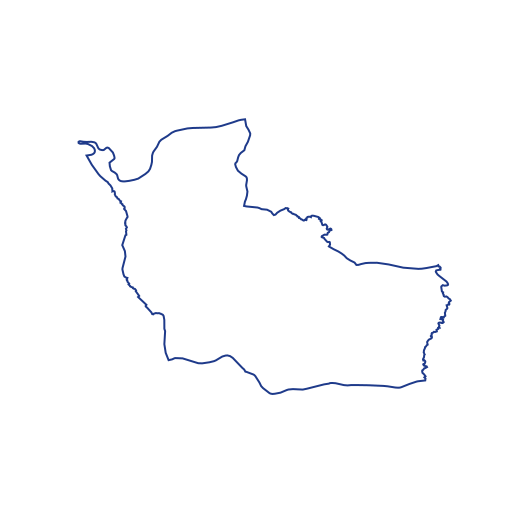 Thawat Buri, Roi Et, Thailand (Equal Earth projection), rotated 284°
{"feature_id": "78962969B6809780389556", "entity_name": "Thawat Buri", "entity_type": "district", "adm_level": 2, "iso_a3": "THA", "parent_name": "Thailand", "parent_adm1": "Roi Et", "projection": "equal_earth", "projection_center": [103.792, 16.038], "detail": "fine", "context": "isolated", "style": "outline", "palette": "blue", "viewbox_px": 512, "rotation_deg": 284, "n_neighbors": 0, "source": "geoboundaries", "source_scale": "gbopen_adm2", "svg_char_len": 6117}
<svg xmlns="http://www.w3.org/2000/svg" viewBox="0 0 512 512"><g transform="rotate(284 256 256)"><path d="M291.2,435.0L289.8,433.5L285.6,424.4L283.8,420.0L282.8,416.7L280.3,401.7L279.9,386.8L278.7,375.0L276.7,367.3L275.6,363.9L273.6,359.9L272.2,357.6L271.6,355.6L273.5,353.2L274.5,348.5L275.8,344.6L277.8,341.5L279.1,338.5L280.3,334.8L281.4,329.6L282.9,324.4L284.9,325.1L287.2,324.3L287.4,323.6L286.9,322.5L287.0,321.6L289.2,318.3L290.0,317.6L290.1,315.6L290.3,315.1L290.7,315.0L291.2,315.1L293.3,317.3L293.7,319.4L294.0,320.0L295.8,320.0L296.9,321.1L297.9,321.2L298.7,321.6L299.4,322.9L300.1,322.7L300.5,322.2L300.6,321.5L299.1,319.6L298.9,319.1L299.0,318.5L299.6,318.0L301.6,318.2L302.7,317.1L303.3,316.3L303.4,315.4L302.3,314.1L302.1,313.4L302.3,312.8L304.7,311.4L305.4,310.3L305.7,310.3L306.4,311.1L306.7,311.0L307.0,308.6L307.3,308.0L307.7,308.0L308.2,308.6L308.9,307.1L309.0,302.3L308.7,300.6L308.0,299.9L307.0,299.9L307.2,299.0L306.8,297.4L306.3,296.5L305.6,296.5L304.8,295.7L304.1,295.5L303.4,296.3L303.0,296.2L302.9,294.5L302.1,294.1L301.9,293.4L302.5,291.8L302.5,290.9L302.9,290.4L303.3,289.5L303.3,288.5L304.2,288.2L304.3,286.7L304.9,286.4L305.0,285.6L305.6,284.8L305.7,283.0L306.0,282.0L305.8,281.4L306.3,280.0L306.9,279.6L307.1,277.9L307.9,276.2L309.0,275.6L309.8,275.8L310.0,274.6L309.7,274.1L309.7,273.2L308.3,272.0L305.9,268.7L303.1,266.1L300.9,264.9L300.0,263.4L301.3,261.4L302.6,260.1L303.6,255.5L302.8,250.1L303.3,247.6L303.4,245.8L301.8,234.8L301.7,232.3L306.1,232.1L308.6,232.5L312.3,232.6L316.5,232.1L321.2,229.7L322.4,229.3L327.4,228.9L329.3,228.3L330.3,227.5L330.8,226.6L332.4,221.9L334.4,217.8L337.5,215.0L340.0,213.6L341.0,213.6L342.3,214.4L343.6,214.8L347.4,214.8L349.8,215.1L352.3,216.3L355.8,219.1L359.9,219.2L364.8,220.5L371.6,221.1L373.4,220.8L374.0,220.4L376.8,218.1L379.7,215.1L386.0,212.3L384.5,208.5L383.4,206.3L380.2,201.4L374.0,191.2L371.4,186.0L369.7,181.1L364.9,163.6L363.2,158.6L358.5,149.0L357.5,147.2L355.2,144.4L351.3,141.3L345.9,136.0L343.5,134.6L338.0,133.5L332.5,131.3L331.0,131.0L328.3,130.9L322.1,132.3L319.1,132.4L314.9,132.1L312.0,131.1L308.8,128.8L302.6,123.0L300.5,119.5L298.2,114.7L296.7,110.8L296.2,108.8L296.0,106.9L296.2,105.7L296.7,104.6L297.6,103.5L300.9,101.7L301.7,100.9L302.8,98.7L303.6,95.7L304.2,94.6L307.7,92.5L311.1,91.3L315.8,94.9L316.5,95.1L317.3,94.9L319.1,94.0L321.8,92.1L325.1,87.1L325.3,85.8L324.8,84.7L322.1,82.7L321.7,81.9L321.5,80.7L321.5,78.8L322.0,77.6L322.6,76.8L326.1,74.0L326.9,72.9L327.2,71.6L327.0,68.6L325.7,64.1L325.1,60.9L324.8,57.4L324.4,56.7L323.7,56.2L322.7,56.6L322.4,57.9L322.5,58.8L323.9,63.5L324.0,65.9L323.0,70.3L321.5,72.7L320.3,73.7L319.2,74.2L318.0,74.4L316.7,74.1L315.4,73.1L314.4,71.8L312.5,67.3L304.8,74.6L297.4,83.3L295.8,85.6L292.7,91.7L291.8,94.3L290.7,95.3L289.3,97.7L286.8,100.2L285.2,100.6L284.8,101.1L284.0,101.1L284.5,101.9L284.5,102.9L284.3,103.2L282.6,104.0L281.6,104.1L279.9,105.5L279.4,106.9L278.3,107.7L278.1,109.0L276.6,110.7L276.4,111.8L274.9,111.6L274.7,112.5L274.0,113.2L274.0,113.8L273.0,114.4L272.3,116.2L271.8,116.7L270.5,117.0L270.1,116.6L269.7,116.7L268.2,119.0L263.3,121.8L262.3,121.9L261.7,121.5L258.9,120.8L257.9,120.8L257.2,121.1L256.7,120.9L255.9,121.1L255.5,121.6L255.1,121.5L254.1,121.9L253.3,123.2L252.5,123.8L250.9,123.2L249.5,124.1L248.5,123.9L245.2,125.1L244.5,124.3L234.2,123.6L229.0,127.6L223.9,129.5L212.0,129.4L210.7,129.6L206.3,131.8L204.3,133.2L203.7,134.8L203.6,136.5L201.8,136.2L201.3,136.5L201.3,137.0L200.0,137.5L198.5,139.6L197.6,139.2L196.5,141.1L196.1,141.2L195.7,142.8L195.7,144.1L195.0,144.4L194.7,145.3L194.8,146.2L194.7,146.6L193.6,148.0L192.8,147.8L189.0,152.3L187.7,151.5L182.1,161.5L180.8,161.0L180.4,161.2L179.3,163.2L176.0,168.1L174.5,169.4L174.6,170.4L175.0,170.4L176.4,172.6L176.6,174.3L177.1,175.8L176.9,177.1L177.0,177.5L176.7,178.2L176.6,179.4L176.2,180.1L175.4,180.9L171.8,182.5L163.2,184.7L161.1,186.0L148.3,188.4L140.2,191.8L133.8,196.4L135.4,199.6L137.1,201.7L137.5,202.7L138.9,209.5L138.0,225.9L138.8,229.7L141.6,236.5L143.8,240.7L145.0,242.3L150.3,247.6L152.0,250.5L152.6,252.2L152.6,255.0L151.5,258.1L144.2,269.7L143.0,272.0L141.2,273.7L141.3,274.5L140.4,282.1L140.1,283.1L139.3,284.4L134.1,289.9L131.0,292.5L129.5,294.8L126.2,302.3L126.0,303.4L126.1,305.3L126.9,307.6L129.3,312.8L133.4,318.3L134.3,319.8L135.8,324.1L137.7,333.7L139.6,337.6L147.9,353.1L149.8,357.6L150.6,358.6L151.2,360.5L151.8,363.9L152.0,372.5L152.6,376.2L153.7,379.3L155.2,385.2L157.8,396.4L160.8,411.2L161.4,415.2L162.1,423.1L162.6,425.8L163.1,427.4L163.9,428.8L169.0,435.9L173.0,442.2L173.6,443.4L176.2,450.3L178.1,450.1L179.0,448.7L180.3,449.6L181.9,447.6L182.9,445.8L184.6,445.0L185.4,445.1L185.8,445.6L187.8,446.5L188.1,447.2L189.6,448.8L190.2,448.2L190.1,446.8L190.4,446.0L190.4,445.3L191.3,444.5L191.7,444.6L192.0,445.5L192.4,445.5L192.9,445.8L194.3,445.9L194.9,445.6L195.6,444.5L195.1,443.7L195.9,443.1L196.9,443.1L198.2,443.5L200.7,443.2L201.2,443.5L201.6,443.1L202.6,442.5L202.9,442.1L205.2,441.8L207.3,442.2L208.5,442.1L209.3,442.8L210.7,443.2L211.5,444.0L213.5,443.0L214.3,442.9L216.6,443.9L218.4,446.0L219.2,446.4L220.0,446.3L220.3,445.2L220.6,445.0L222.0,445.7L222.8,445.2L223.8,445.3L224.7,446.6L225.5,447.0L225.6,448.2L226.6,449.7L228.1,449.0L229.3,450.4L230.3,450.1L230.8,451.5L231.9,450.6L232.9,450.8L234.6,449.3L235.3,449.4L235.7,449.9L236.0,450.8L235.9,452.1L236.1,453.3L237.2,454.1L237.7,453.8L238.2,452.8L239.4,453.0L240.0,452.5L240.0,451.8L239.5,450.9L239.4,450.2L241.2,450.2L241.5,450.3L241.8,451.0L241.9,453.1L242.7,453.2L243.8,454.1L246.6,453.0L248.0,453.3L249.5,453.1L251.1,454.2L251.8,454.3L254.3,452.9L254.8,453.8L255.4,454.1L255.6,455.2L256.2,455.3L257.3,454.4L257.9,454.4L259.8,455.8L261.0,454.6L261.4,453.2L262.4,451.8L262.8,450.5L262.2,449.1L262.5,448.0L263.0,447.6L263.8,447.5L264.8,446.4L266.0,446.4L266.5,445.0L270.8,443.2L271.5,443.3L272.9,444.3L272.8,446.1L273.7,448.5L274.3,449.2L275.1,449.2L276.2,448.3L277.3,447.0L281.0,438.6L282.0,436.6L283.8,434.6L284.4,434.2L285.6,434.4L287.0,437.2L287.2,438.1L287.4,438.3L288.3,437.7L289.1,438.1L289.5,437.8L290.2,436.7L290.0,435.7L291.2,435.0Z" fill="none" stroke="#1e3a8a" stroke-width="2"/></g></svg>